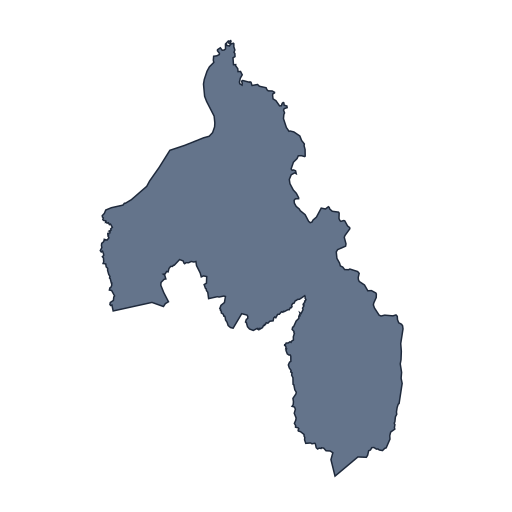 the district of Builsa South, Upper East, Ghana, rotated 185°
{"feature_id": "2480657B50810028950834", "entity_name": "Builsa South", "entity_type": "district", "adm_level": 2, "iso_a3": "GHA", "parent_name": "Ghana", "parent_adm1": "Upper East", "projection": "equal_earth", "projection_center": [-1.342, 10.53], "detail": "fine", "context": "isolated", "style": "filled", "palette": "slate", "viewbox_px": 512, "rotation_deg": 185, "n_neighbors": 0, "source": "geoboundaries", "source_scale": "gbopen_adm2", "svg_char_len": 6109}
<svg xmlns="http://www.w3.org/2000/svg" viewBox="0 0 512 512"><g transform="rotate(185 256 256)"><path d="M128.5,65.1L127.4,67.3L126.8,71.8L125.1,72.7L123.9,75.2L121.8,75.5L119.2,74.1L117.7,74.4L116.3,73.5L113.0,73.2L111.0,75.6L109.6,76.2L106.6,85.2L107.1,88.7L106.5,92.3L102.6,95.7L103.2,97.1L102.9,100.1L103.6,101.0L103.6,102.2L103.2,102.8L103.1,108.0L102.0,110.6L102.5,112.9L102.2,117.4L101.4,120.8L100.6,121.5L99.3,141.8L100.8,146.9L100.8,152.7L102.9,161.1L102.5,165.2L102.9,173.6L104.2,181.4L103.2,196.2L103.9,199.3L105.1,200.7L108.0,201.9L109.5,204.9L110.0,208.2L111.4,209.5L114.4,208.3L122.7,208.3L126.2,207.1L128.2,207.8L133.5,214.6L134.8,217.5L134.6,219.5L132.6,225.1L132.8,228.6L133.4,229.6L138.0,231.6L141.6,231.1L145.4,236.6L150.9,239.6L151.9,241.3L152.3,243.5L151.7,247.7L153.4,249.4L161.4,251.2L162.5,250.4L166.5,250.2L168.6,252.5L171.1,253.5L172.2,256.3L175.2,260.7L176.4,267.1L175.2,269.5L167.6,273.6L167.4,275.9L169.7,282.3L169.2,284.1L164.9,291.3L165.2,292.5L167.4,293.9L170.6,298.7L171.6,299.0L174.5,297.9L175.6,298.7L176.6,300.6L176.9,306.0L177.6,306.9L183.9,307.2L186.6,309.2L187.3,310.8L188.2,311.4L190.9,308.9L195.2,309.4L199.2,300.0L202.3,296.8L203.2,294.7L204.9,293.9L206.6,295.1L210.7,301.5L215.9,305.0L217.0,306.6L220.3,308.9L222.4,312.0L222.9,314.8L221.7,316.4L218.5,316.8L218.6,317.8L221.3,322.0L224.6,325.0L228.5,331.0L229.5,335.2L228.0,340.0L224.7,342.2L223.1,341.5L224.0,344.3L226.1,345.0L227.4,344.5L228.6,345.8L226.9,352.7L223.6,356.6L222.6,359.5L219.5,359.9L216.2,359.3L215.7,359.8L216.4,366.4L217.7,370.0L217.6,371.8L220.6,375.0L222.8,379.4L229.1,382.9L232.9,383.5L234.0,383.1L236.9,386.6L240.6,395.2L240.6,399.4L240.0,401.0L241.3,403.7L240.7,405.3L237.9,406.5L238.3,408.1L241.1,408.7L241.6,411.0L242.3,411.3L243.2,410.4L243.8,407.9L245.6,407.6L249.7,412.5L252.7,414.0L253.5,417.6L253.3,419.1L251.8,420.0L251.8,420.7L254.2,421.8L258.2,421.6L259.6,422.6L260.6,424.5L267.4,425.4L269.4,427.0L274.8,425.5L276.1,428.6L277.2,429.0L277.6,428.5L284.6,429.7L285.6,428.9L284.7,426.9L284.8,425.0L287.2,426.2L287.7,427.9L287.1,431.8L285.5,435.3L287.5,438.5L290.0,438.1L290.5,441.0L292.9,443.8L292.9,444.9L295.1,444.6L296.2,451.4L294.3,452.8L294.7,455.9L295.7,457.0L295.0,459.4L296.3,462.4L296.6,465.6L297.1,466.0L299.3,465.0L300.0,466.4L299.6,467.8L300.0,468.4L301.4,467.5L302.3,467.8L303.0,466.9L302.2,465.9L300.6,465.5L300.1,464.2L300.7,462.9L303.6,463.2L304.1,465.5L304.9,464.5L304.4,459.6L305.7,458.4L307.6,458.0L309.7,460.3L312.3,458.2L312.3,457.1L310.1,454.7L310.1,453.5L312.5,452.0L315.6,451.3L315.6,447.3L314.9,445.2L318.9,440.4L320.9,435.8L322.9,427.4L323.3,422.7L321.1,410.6L318.7,405.7L309.9,391.7L308.6,384.9L308.5,381.0L310.0,375.1L313.1,371.2L318.5,369.2L336.7,360.0L351.0,353.8L360.2,335.8L368.5,321.5L370.9,315.9L385.1,301.2L390.8,297.1L391.7,297.1L393.0,295.1L404.3,291.5L409.7,288.7L410.8,285.2L412.7,282.8L412.4,281.5L411.4,280.6L411.8,279.0L411.0,278.2L408.7,277.9L408.8,276.4L408.1,276.7L407.2,275.7L406.0,276.3L404.8,274.5L403.7,275.1L401.6,272.1L403.1,270.3L402.6,269.2L404.5,268.0L403.5,267.6L403.6,266.2L405.6,265.6L405.4,264.0L404.7,264.0L405.1,262.7L404.3,261.8L404.3,260.9L405.9,258.8L407.2,259.2L407.7,258.6L408.6,259.3L409.0,257.0L410.8,255.2L410.9,253.1L410.3,251.0L411.6,247.8L410.5,246.5L409.3,247.4L408.0,244.7L407.8,243.3L409.0,241.9L407.8,240.8L407.2,236.9L407.7,235.2L405.0,235.0L404.3,232.1L402.7,230.8L402.6,228.8L401.1,224.8L399.7,222.9L400.0,221.3L399.2,220.7L397.8,216.5L397.3,216.5L397.2,213.9L398.0,211.9L398.8,211.5L399.1,209.3L396.8,209.0L393.4,203.9L394.1,202.8L394.2,199.3L397.1,197.0L397.3,194.9L396.4,194.0L395.3,194.6L393.5,188.8L355.6,200.7L343.8,197.6L342.1,200.7L339.2,202.8L344.7,211.5L348.3,218.6L348.3,221.4L345.5,224.8L343.8,225.3L345.3,229.0L346.7,229.8L344.9,230.3L343.7,232.8L342.2,232.5L341.6,236.0L340.1,238.2L338.2,238.4L337.5,239.6L336.6,239.7L331.8,245.8L328.1,244.7L327.2,242.7L326.4,242.1L325.1,243.3L322.6,243.4L320.1,244.9L317.3,244.6L315.4,245.3L314.4,241.2L310.1,234.2L308.7,230.4L306.5,231.6L303.3,231.2L303.0,224.6L305.2,223.0L303.5,219.3L302.8,219.0L302.3,217.2L300.9,215.7L299.5,209.4L291.0,212.1L289.2,211.9L284.6,213.3L282.9,213.0L283.4,206.9L286.6,203.8L287.5,200.4L286.6,199.8L286.7,198.8L285.7,197.8L285.6,196.3L283.6,195.2L282.7,193.2L282.0,193.3L281.4,192.3L280.8,189.7L279.0,187.4L277.7,184.3L275.2,182.5L272.5,182.1L265.2,197.3L259.9,196.4L258.9,195.1L258.8,193.1L260.1,192.0L260.7,189.3L259.8,188.8L258.3,184.8L256.1,182.7L252.2,181.6L248.8,183.8L248.0,183.3L247.7,183.9L246.7,182.8L245.8,184.2L245.4,183.7L243.3,185.2L242.5,187.3L241.6,187.5L241.6,188.5L240.6,188.5L240.0,190.4L238.3,190.1L236.6,192.2L233.3,192.9L232.9,195.9L232.0,196.9L230.9,196.2L229.4,199.7L227.7,200.0L225.7,202.7L224.3,202.3L223.8,203.3L222.9,203.1L219.4,205.4L218.3,205.3L217.2,207.6L216.6,207.4L215.7,208.6L216.2,210.2L215.3,211.9L214.0,212.3L212.9,215.0L211.8,215.3L211.0,216.3L208.9,216.7L204.0,220.7L203.4,219.5L203.4,218.2L202.5,217.0L202.9,215.7L203.6,215.4L203.4,214.1L204.5,212.8L204.1,211.6L204.7,211.6L204.1,210.0L205.1,208.1L204.5,207.0L204.7,206.0L206.1,202.5L207.4,203.3L206.9,202.2L207.5,201.5L206.9,200.3L208.1,199.9L207.9,197.6L210.3,194.8L212.4,188.8L213.3,188.3L213.6,186.0L211.6,184.2L211.5,182.8L211.0,182.3L211.8,178.7L211.4,175.6L213.1,174.3L213.6,173.0L214.7,173.5L216.3,172.2L218.4,171.9L219.0,170.3L219.7,170.2L219.7,169.4L218.7,168.9L218.1,167.6L218.3,166.1L217.5,166.1L217.9,164.5L216.3,161.2L214.5,160.2L213.3,160.4L212.6,159.2L212.1,154.1L213.3,153.2L214.3,150.3L213.1,147.4L211.1,145.1L211.3,143.5L210.0,142.9L210.1,140.4L208.6,138.0L207.9,131.4L207.1,131.0L205.7,126.1L204.0,123.8L204.2,122.1L206.8,117.4L206.0,114.1L206.0,111.1L207.0,109.4L204.5,108.9L203.4,106.8L204.2,102.7L201.9,98.1L202.1,95.8L203.2,92.6L201.8,90.7L201.7,88.9L199.1,88.5L198.3,87.6L198.9,86.2L198.5,85.3L196.4,84.9L192.6,82.4L192.4,80.8L191.6,79.5L191.6,77.1L190.1,73.7L185.4,74.5L183.9,73.8L181.1,74.6L180.5,74.0L179.3,70.3L177.8,69.1L176.3,70.1L174.4,69.9L174.1,70.7L171.8,70.5L169.3,68.1L165.1,68.2L162.3,66.7L163.6,59.7L158.1,43.6L137.0,64.7L128.5,65.1Z" fill="#64748b" stroke="#1e293b" stroke-width="1.5"/></g></svg>